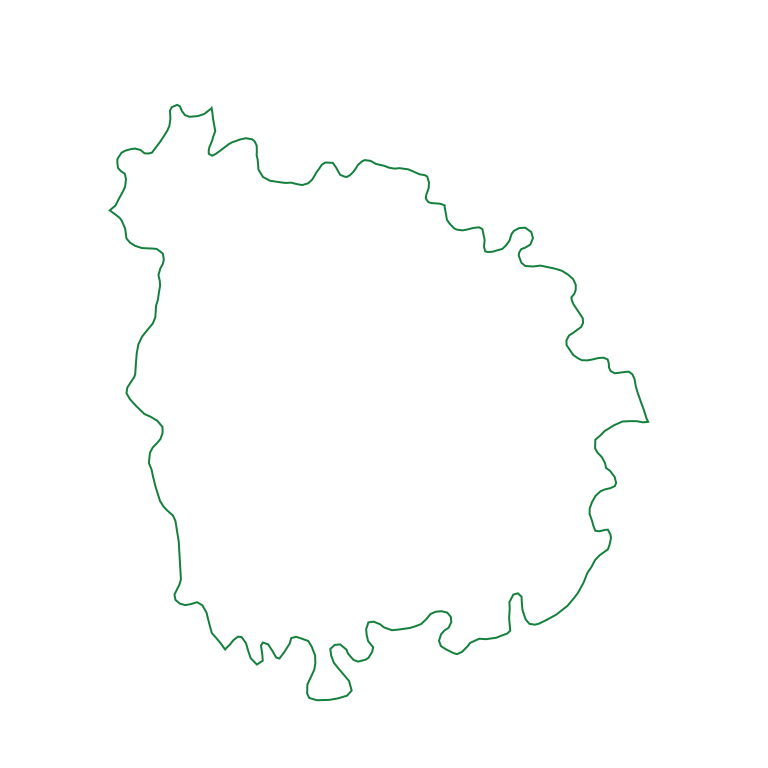 Dzyarzhynsk, Minsk, Belarus, rotated 352°
{"feature_id": "67162791B81421428715601", "entity_name": "Dzyarzhynsk", "entity_type": "district", "adm_level": 2, "iso_a3": "BLR", "parent_name": "Belarus", "parent_adm1": "Minsk", "projection": "albers", "projection_center": [27.165, 53.703], "detail": "fine", "context": "isolated", "style": "outline", "palette": "green", "viewbox_px": 768, "rotation_deg": 352, "n_neighbors": 0, "source": "geoboundaries", "source_scale": "gbopen_adm2", "svg_char_len": 5106}
<svg xmlns="http://www.w3.org/2000/svg" viewBox="0 0 768 768"><g transform="rotate(352 384 384)"><path d="M640.3,458.2L639.2,454.7L638.3,449.5L637.5,444.8L635.8,437.2L634.9,432.1L634.0,428.2L633.0,421.0L632.8,414.0L631.3,408.9L628.0,405.8L623.0,405.6L618.1,405.6L614.1,405.5L610.2,402.7L609.1,399.0L609.5,394.6L608.9,390.9L605.2,388.5L600.0,388.1L594.2,388.7L588.7,388.9L583.3,388.0L579.9,385.7L575.5,381.7L572.5,375.7L570.2,370.8L570.7,366.3L574.0,361.7L578.4,359.7L582.6,357.4L587.2,355.0L589.6,351.3L590.0,346.7L587.1,340.4L585.5,337.2L582.7,331.4L581.6,327.2L581.6,324.3L584.9,321.3L586.9,317.6L587.7,312.5L585.8,306.3L581.5,301.3L575.7,296.5L569.4,293.6L559.0,289.8L555.2,288.5L548.0,288.4L540.3,286.8L536.9,283.0L535.3,275.6L536.2,272.5L538.8,269.5L542.7,268.7L548.3,266.3L551.8,260.3L551.0,254.0L545.6,248.9L539.6,248.4L534.0,250.4L531.2,253.2L528.2,259.5L524.4,263.5L520.0,266.7L514.6,267.4L510.7,268.1L505.1,267.8L502.7,266.6L502.1,262.0L503.7,255.5L503.3,248.9L503.0,244.3L499.8,242.0L494.0,241.9L488.1,242.6L483.1,242.8L477.4,241.2L474.9,239.4L471.2,234.2L469.1,230.0L469.1,226.0L468.7,218.1L468.9,215.6L465.6,213.7L464.2,213.2L455.7,211.3L453.1,209.9L451.2,206.0L452.2,202.5L455.4,196.5L456.6,190.9L455.7,184.6L453.6,182.9L448.5,181.3L443.6,178.3L441.3,176.8L437.8,174.8L429.4,172.4L424.5,172.2L419.1,170.5L414.4,167.9L406.5,164.9L401.9,161.2L396.0,159.6L393.2,160.5L388.6,163.5L386.2,166.5L383.0,169.8L379.5,172.4L376.0,173.8L373.4,173.0L369.7,170.7L368.3,167.2L366.7,163.0L364.1,157.9L356.7,156.5L352.9,158.2L349.9,161.6L346.2,165.4L344.3,168.0L341.2,171.7L336.8,174.7L330.6,175.6L325.2,173.8L320.1,171.7L314.5,171.2L309.3,169.8L299.3,166.8L293.0,162.2L289.5,154.3L289.9,148.7L290.1,143.8L289.7,139.8L290.4,136.3L291.1,130.2L289.7,125.8L287.6,123.4L281.5,121.4L275.6,121.8L270.1,123.0L267.9,123.3L264.0,124.7L259.6,127.2L254.9,129.8L249.3,132.8L245.6,134.0L242.5,131.7L243.0,128.0L244.2,124.9L247.7,119.1L249.2,115.4L252.1,110.2L251.6,96.9L251.8,92.2L251.7,86.8L251.4,87.1L243.5,91.6L237.5,92.7L234.9,92.7L228.5,92.3L224.4,90.1L221.8,85.5L220.6,80.7L218.0,78.8L212.4,80.3L210.1,83.6L209.4,91.5L207.5,98.3L204.8,102.8L199.5,109.1L195.8,113.2L191.3,117.7L186.4,122.6L183.0,123.0L178.9,122.2L175.5,118.4L170.2,116.2L165.7,116.2L160.5,116.9L156.3,118.4L151.4,124.0L150.7,127.7L150.7,133.0L152.9,136.4L156.6,139.8L157.0,145.4L155.1,152.5L152.5,156.7L146.4,164.9L143.0,169.8L136.6,173.9L141.6,178.8L145.5,182.9L147.1,186.0L149.3,194.2L149.2,204.1L152.4,208.9L156.7,212.5L163.2,215.7L169.4,216.9L172.5,217.4L177.6,218.6L180.7,221.5L183.1,224.1L183.3,230.4L181.4,234.7L178.5,238.6L175.8,244.8L176.3,250.4L176.0,255.4L173.8,262.2L171.7,269.4L169.2,274.7L168.0,280.5L166.8,286.2L163.4,292.0L158.8,296.1L151.1,303.3L146.2,310.7L143.3,319.6L141.3,328.6L139.1,339.2L137.6,342.5L133.8,346.6L129.4,351.7L127.7,357.2L130.3,363.7L135.4,371.2L142.6,380.4L148.1,383.8L154.4,388.9L158.7,395.7L157.9,401.7L155.0,407.3L151.1,410.9L146.1,414.7L142.7,419.5L140.2,429.4L141.9,436.4L142.3,442.5L143.3,452.6L144.7,461.3L145.9,468.6L148.7,474.9L151.9,479.3L156.7,484.8L158.4,490.6L158.8,511.7L156.7,537.1L155.7,549.2L153.5,554.2L150.9,557.9L147.2,563.4L147.4,568.7L151.3,573.1L156.4,575.3L161.9,575.1L168.5,574.1L173.3,577.8L176.4,585.6L177.6,597.2L178.8,606.6L181.9,611.2L186.3,618.3L189.7,624.8L191.3,623.4L195.3,620.5L199.1,616.8L204.3,613.9L207.8,614.8L211.3,621.5L212.4,629.6L213.9,637.1L219.1,644.1L225.4,641.2L225.8,635.4L225.8,625.8L228.1,623.2L233.0,625.6L236.5,633.1L239.1,639.8L242.3,641.3L247.8,635.7L254.5,627.9L256.8,622.7L261.7,622.1L266.1,624.2L273.3,628.0L275.9,634.3L278.0,643.3L277.1,651.2L275.3,657.0L271.8,662.5L266.3,670.9L264.8,679.9L266.3,684.5L273.5,687.8L286.0,689.2L294.7,688.9L304.0,687.5L309.3,683.1L308.1,673.3L303.5,666.0L298.8,658.5L295.6,653.2L293.9,645.7L293.9,639.0L298.9,635.5L304.4,635.8L309.9,641.9L310.7,645.7L315.4,653.0L319.7,655.3L327.6,654.4L330.5,653.0L335.1,647.5L336.6,643.1L332.5,636.4L331.9,630.1L332.2,624.3L335.4,617.9L340.6,617.9L346.7,621.4L350.2,625.1L357.5,628.9L364.1,629.2L375.5,629.2L381.3,628.3L387.3,626.9L393.1,622.8L398.1,618.2L403.6,616.7L409.4,617.0L414.9,619.3L417.8,624.0L417.5,629.2L414.0,634.4L409.7,636.4L405.6,639.9L402.7,646.0L403.9,651.5L409.1,655.9L415.5,660.2L418.7,661.7L423.9,660.2L430.3,655.3L433.2,652.4L442.8,649.5L449.5,650.9L459.6,650.9L466.0,649.4L471.2,648.3L474.7,645.9L475.0,639.5L475.3,633.2L477.3,623.6L477.8,617.5L482.8,610.5L487.4,609.9L490.6,613.7L490.0,620.4L489.7,627.3L491.5,636.9L494.7,641.8L499.9,643.3L503.7,643.0L512.1,640.3L522.6,636.3L534.7,629.3L542.5,622.3L547.2,617.6L554.1,608.3L559.0,599.6L563.9,594.1L568.5,587.7L573.7,583.6L582.7,578.9L585.0,574.6L587.3,568.2L587.3,564.7L585.5,559.5L583.5,559.2L580.3,559.5L576.5,559.8L572.8,558.7L571.6,553.5L571.0,548.6L569.5,541.3L570.4,535.8L573.5,530.0L577.9,524.2L583.4,520.4L587.7,519.2L593.8,518.6L598.4,517.2L600.1,514.3L599.5,508.2L595.7,501.3L592.2,498.1L591.9,493.2L589.6,486.8L585.8,481.6L584.1,477.0L585.5,468.6L591.0,465.1L595.9,461.3L606.0,456.9L614.9,454.3L623.3,455.1L629.1,456.0L635.2,458.0L640.3,458.2Z" fill="none" stroke="#15803d" stroke-width="2"/></g></svg>